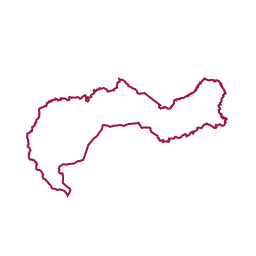 General Carneiro, Mato Grosso, Brazil (Mercator projection), rotated 345°
{"feature_id": "56859067B19597598383135", "entity_name": "General Carneiro", "entity_type": "district", "adm_level": 2, "iso_a3": "BRA", "parent_name": "Brazil", "parent_adm1": "Mato Grosso", "projection": "mercator", "projection_center": [-53.353, -15.607], "detail": "fine", "context": "isolated", "style": "outline", "palette": "rose", "viewbox_px": 256, "rotation_deg": 345, "n_neighbors": 0, "source": "geoboundaries", "source_scale": "gbopen_adm2", "svg_char_len": 5816}
<svg xmlns="http://www.w3.org/2000/svg" viewBox="0 0 256 256"><g transform="rotate(345 128 128)"><path d="M132.3,78.4L132.1,81.1L129.4,81.4L129.2,82.7L127.9,84.7L128.1,85.8L127.7,86.3L125.2,86.5L124.8,86.7L124.5,87.8L123.7,88.0L123.2,87.6L120.5,87.6L119.5,87.2L118.6,87.8L117.9,87.7L117.5,86.9L117.4,85.2L116.0,84.4L115.3,83.3L114.6,83.0L112.4,83.2L111.7,82.9L111.1,82.1L110.6,82.2L110.4,82.9L109.7,83.4L108.1,82.8L107.5,83.1L107.2,83.7L106.1,84.1L105.2,82.5L104.6,82.8L104.6,85.1L103.5,86.0L101.4,86.3L100.7,87.0L100.6,88.5L98.3,88.6L97.1,87.8L96.8,88.1L96.8,89.0L97.4,90.0L97.4,90.9L96.4,91.8L95.6,91.9L95.1,91.6L94.6,91.0L94.6,90.3L95.5,88.8L95.0,87.8L95.5,85.7L95.2,85.1L92.2,86.0L90.8,87.1L89.7,87.5L89.0,87.2L88.6,86.0L86.9,85.0L85.6,85.2L82.0,84.1L81.1,84.3L79.9,83.0L79.3,83.0L78.9,83.5L78.6,85.6L77.3,85.8L76.8,85.5L76.1,84.3L75.4,84.0L73.9,82.7L72.7,82.9L71.1,81.8L70.7,82.1L70.6,83.1L70.1,83.5L69.3,82.8L68.6,83.2L67.2,83.2L67.0,81.9L65.6,80.8L65.4,81.5L64.8,81.9L63.6,81.5L61.7,81.5L60.9,82.7L60.4,82.4L60.1,81.7L58.6,81.9L58.5,82.7L57.6,82.5L57.3,83.0L56.5,82.9L55.9,83.1L55.9,83.8L55.3,84.6L55.0,85.4L54.5,85.8L54.0,85.2L52.2,85.7L50.9,85.9L50.0,85.7L49.1,86.1L48.2,86.0L47.5,86.2L46.6,87.7L46.5,90.5L45.9,90.8L45.7,93.0L45.2,93.4L45.1,94.3L44.0,94.8L43.8,95.5L43.4,95.8L42.7,95.8L41.5,96.6L41.0,97.7L41.1,98.4L40.7,98.8L39.8,98.9L39.3,99.4L39.0,100.7L38.3,101.0L37.9,101.7L36.5,102.1L36.2,102.6L35.5,102.5L35.2,104.3L34.4,106.2L33.9,106.4L33.1,105.9L32.1,106.8L31.4,106.9L30.9,107.3L29.6,107.2L29.1,107.6L29.0,109.0L28.5,109.7L28.6,110.4L28.2,110.8L28.1,112.0L28.6,113.2L28.0,114.6L28.3,115.1L27.9,115.8L28.0,117.5L27.3,118.5L26.6,118.9L26.4,120.0L27.6,121.6L28.0,124.4L26.3,126.2L26.2,126.7L25.5,127.4L25.7,128.2L24.8,129.3L24.7,130.0L24.8,131.7L25.3,133.1L25.8,133.6L26.4,133.4L27.6,133.9L27.9,134.5L29.1,134.9L29.4,136.4L30.1,137.0L30.3,138.0L30.8,138.8L30.9,139.6L29.9,139.9L29.8,140.7L29.2,141.6L29.2,142.6L28.8,143.7L29.4,144.9L31.8,145.8L33.3,147.9L33.3,148.9L34.0,151.3L33.0,152.3L32.8,153.1L33.2,154.0L33.0,154.9L34.6,155.9L34.9,156.9L35.8,158.0L35.9,158.6L36.8,159.8L36.9,161.1L37.9,162.1L38.8,164.4L38.7,166.1L39.2,166.9L42.1,168.1L43.9,169.7L45.9,169.6L47.5,170.3L50.6,172.5L50.9,173.8L52.1,176.3L52.2,177.6L54.9,175.0L56.3,173.0L56.4,172.4L55.9,171.0L54.7,170.1L50.9,164.4L50.9,163.7L52.6,158.8L52.9,157.5L52.7,156.0L53.1,155.4L52.9,154.8L51.1,154.5L50.1,153.4L50.0,152.0L51.0,151.1L50.7,149.3L51.5,147.8L55.7,146.2L56.3,146.3L59.2,147.6L61.5,147.4L66.9,148.4L70.9,147.0L71.6,147.0L72.6,147.7L73.8,147.3L76.1,147.3L77.9,145.4L85.4,134.0L92.4,129.2L96.4,127.5L99.3,124.8L102.0,123.0L104.5,118.7L105.9,119.1L108.8,120.5L110.4,121.6L110.5,122.1L112.7,122.3L114.4,122.0L116.0,122.5L120.9,123.0L122.9,123.8L124.7,125.1L126.4,124.4L129.8,124.4L137.7,125.7L139.6,125.7L139.6,127.3L140.4,128.4L140.7,129.3L140.7,130.3L141.5,131.6L143.4,131.5L144.8,132.0L145.4,132.0L145.9,132.5L146.4,132.4L149.4,133.4L149.6,135.0L149.1,135.7L149.7,137.3L149.5,138.0L150.0,138.2L150.9,139.3L151.9,140.9L153.1,141.6L154.4,143.1L154.4,145.5L155.1,145.9L154.9,146.6L155.4,147.3L155.3,148.3L156.0,148.6L158.6,148.7L158.2,149.3L158.6,149.6L158.8,150.3L159.4,150.3L159.8,150.7L161.5,151.0L162.5,150.7L163.2,151.8L163.9,151.8L164.4,151.3L164.8,150.5L164.5,149.3L165.1,148.7L167.9,149.7L169.9,150.0L170.7,148.9L171.9,148.8L173.3,150.3L176.1,151.0L178.6,149.5L181.3,148.6L181.9,148.8L182.3,151.2L182.9,151.3L183.8,150.6L185.2,150.8L186.5,149.3L187.3,148.8L188.8,148.3L188.9,149.9L189.4,150.3L190.8,148.5L192.5,148.4L194.5,147.5L194.9,146.9L194.9,145.8L195.4,145.7L196.4,146.0L198.9,147.1L201.2,145.5L201.9,144.7L203.6,144.2L204.2,144.7L204.8,144.7L205.5,144.2L206.1,145.4L207.7,146.0L209.9,148.5L210.8,149.2L211.1,150.2L211.7,150.5L213.1,150.6L213.6,150.1L213.3,148.1L213.7,147.7L214.6,148.5L215.7,148.7L217.3,148.1L217.8,148.1L218.6,149.6L219.1,150.0L220.7,150.3L221.9,150.0L223.1,148.1L223.7,147.9L223.1,146.6L225.7,144.8L224.8,143.7L224.0,144.1L223.5,143.9L223.2,142.5L222.2,143.2L221.8,142.1L220.9,141.7L221.0,140.9L222.0,139.9L221.9,139.0L221.7,138.6L221.0,138.8L220.0,136.4L220.3,134.1L222.0,133.7L221.8,132.8L221.9,131.9L221.3,131.4L221.2,129.6L222.4,129.1L223.3,129.3L223.0,128.4L223.2,127.7L224.6,127.1L225.5,125.6L225.7,124.3L226.4,123.5L228.5,122.2L228.3,120.9L230.1,119.9L230.5,120.2L231.0,120.1L231.3,119.6L231.0,118.2L230.6,117.7L231.0,116.8L230.6,116.2L230.2,114.5L229.6,113.4L229.7,112.6L229.2,112.3L229.6,111.6L229.3,110.8L229.4,110.2L228.6,110.5L228.4,109.9L229.2,109.2L229.2,108.7L228.3,107.7L228.3,106.9L227.4,105.6L226.4,105.4L225.9,104.8L224.1,105.5L223.5,105.3L224.0,104.9L224.0,104.4L222.0,103.4L220.7,103.0L218.8,103.0L217.3,102.3L214.8,100.1L214.2,100.1L213.9,100.8L213.1,101.0L211.1,102.4L210.3,102.6L209.9,103.0L209.8,103.8L209.3,103.6L208.9,103.0L207.9,104.5L206.4,104.9L206.7,105.6L206.6,106.3L205.3,106.9L204.7,106.6L204.5,108.0L204.2,108.4L203.4,108.4L203.4,109.0L203.0,109.4L202.7,108.9L202.2,109.2L201.2,110.5L198.3,111.2L197.6,110.8L197.2,111.4L196.5,111.6L195.0,111.6L194.9,112.1L194.3,112.7L193.6,112.1L189.4,113.3L187.0,112.8L186.3,112.8L185.8,113.4L185.1,113.1L184.4,113.5L183.4,112.9L182.7,112.8L182.1,112.8L181.7,113.7L180.7,113.2L179.9,113.2L178.9,115.5L178.8,116.4L177.9,116.9L177.5,117.4L176.3,117.7L176.1,118.6L175.1,118.7L174.6,119.7L173.0,120.1L171.7,119.8L170.6,118.8L170.5,118.2L169.7,117.6L168.4,117.1L167.9,117.7L167.4,117.9L166.9,117.7L166.6,117.3L165.9,117.3L164.8,117.8L164.2,117.3L163.4,115.8L163.6,115.0L165.1,114.4L152.9,98.5L151.5,98.4L149.8,97.9L147.9,98.2L147.4,97.5L146.3,96.9L146.1,96.2L146.2,94.5L145.1,92.5L143.5,91.2L142.6,90.9L142.1,89.7L139.1,87.6L139.5,86.2L138.2,85.0L137.9,84.0L137.1,83.4L137.1,82.4L136.8,81.8L135.2,80.1L133.4,79.5L132.3,78.4ZM158.8,150.3L157.9,150.1L158.2,150.7L158.8,150.3Z" fill="none" stroke="#9f1239" stroke-width="2"/></g></svg>